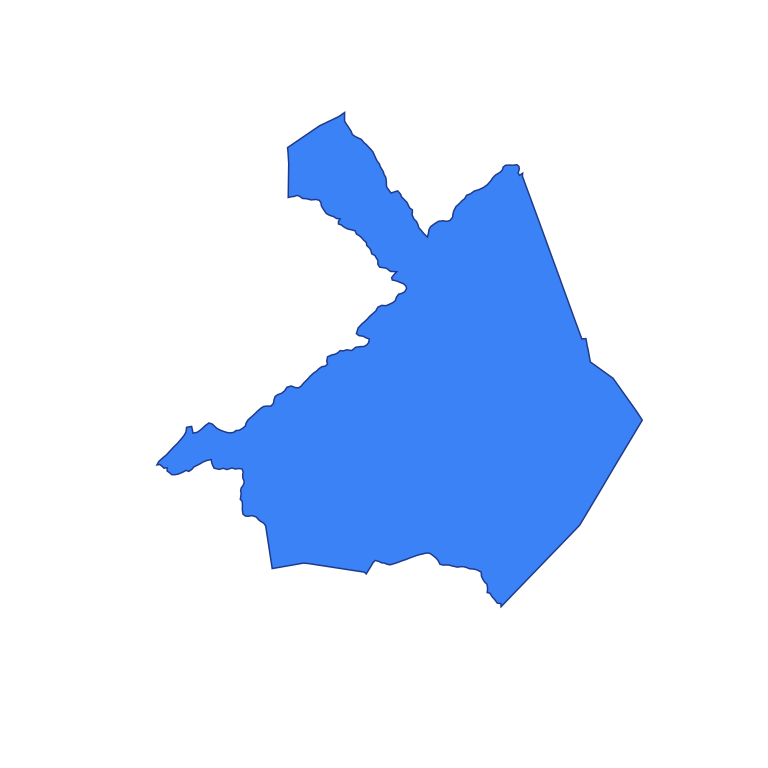 outline of Barras, Piauí, Brazil, rotated 236°
{"feature_id": "56859067B60592668068421", "entity_name": "Barras", "entity_type": "district", "adm_level": 2, "iso_a3": "BRA", "parent_name": "Brazil", "parent_adm1": "Piauí", "projection": "equal_earth", "projection_center": [-42.271, -4.158], "detail": "fine", "context": "isolated", "style": "filled", "palette": "blue", "viewbox_px": 768, "rotation_deg": 236, "n_neighbors": 0, "source": "geoboundaries", "source_scale": "gbopen_adm2", "svg_char_len": 4623}
<svg xmlns="http://www.w3.org/2000/svg" viewBox="0 0 768 768"><g transform="rotate(236 384 384)"><path d="M634.1,474.9L634.1,468.4L633.9,436.2L629.4,433.8L619.6,428.0L616.8,426.0L592.2,408.9L591.1,411.8L589.8,414.3L588.9,417.5L586.9,419.0L583.5,420.1L580.7,423.6L577.4,426.5L574.9,431.0L572.4,433.1L569.6,433.1L566.7,431.7L564.0,431.5L560.7,431.5L557.7,431.5L555.5,432.5L553.5,433.8L550.9,435.9L547.7,437.2L545.5,440.0L544.3,437.2L542.1,435.7L539.9,437.5L536.8,438.5L533.2,440.3L530.1,443.1L527.2,445.7L523.6,445.0L521.0,446.4L517.9,447.2L514.5,447.6L511.2,448.5L508.4,447.1L505.1,447.9L502.2,447.9L498.9,446.6L495.7,448.3L492.4,448.1L489.6,447.9L486.8,445.9L483.4,445.7L480.9,448.3L478.6,450.8L476.2,451.5L473.6,452.4L471.6,455.2L469.9,457.3L469.1,453.3L467.9,449.8L465.6,449.0L463.3,451.3L460.9,453.1L458.7,454.5L456.2,456.2L453.1,457.0L450.6,456.2L448.9,452.8L449.2,449.3L450.3,446.4L448.9,442.7L446.8,440.0L446.5,437.1L447.1,433.0L447.8,429.4L450.5,426.0L451.1,421.8L449.1,418.0L448.6,414.2L448.2,410.4L447.3,407.0L446.7,403.9L446.2,399.5L445.0,394.0L441.2,389.3L438.2,390.2L435.2,393.5L432.0,395.1L429.6,397.0L427.0,394.6L426.1,391.9L426.2,388.6L428.3,385.1L430.3,381.0L429.8,376.0L433.2,372.2L434.3,368.5L436.2,366.4L435.7,363.3L436.0,360.2L437.3,357.0L438.1,352.4L434.8,349.2L432.2,348.4L431.6,345.5L433.1,342.2L433.1,338.9L432.4,335.2L432.4,331.5L431.7,327.1L430.7,323.2L429.8,318.2L428.6,314.1L428.6,311.0L430.7,308.4L434.2,306.0L435.6,301.8L433.9,297.7L433.6,293.8L434.6,289.8L434.5,286.7L432.5,284.1L429.8,281.5L428.9,277.9L431.2,274.5L432.7,271.6L432.8,268.5L432.3,264.3L431.4,259.6L430.8,255.5L430.4,251.6L428.7,247.8L426.7,245.6L426.3,242.0L426.6,238.0L428.2,235.4L428.0,232.3L429.2,229.6L431.4,226.9L434.3,224.6L437.4,222.4L440.7,220.6L443.8,219.9L446.7,219.3L449.6,217.1L449.5,212.8L448.7,207.9L448.4,204.9L448.5,201.8L450.1,198.2L453.4,199.6L456.4,200.8L458.5,196.1L455.0,193.1L453.2,189.6L452.2,186.5L451.3,183.1L450.3,179.7L449.5,174.9L448.2,169.3L446.9,163.9L446.5,159.5L445.7,154.0L443.9,150.5L442.6,153.1L439.8,154.0L437.3,154.5L435.9,157.3L433.1,155.6L430.3,156.6L427.6,157.3L425.9,159.6L424.3,163.3L423.4,168.0L423.1,171.6L420.7,173.3L420.7,177.0L421.6,180.2L421.1,183.2L420.7,186.8L420.5,190.6L419.6,194.6L418.0,198.5L415.1,197.2L412.5,196.5L409.2,196.1L405.4,199.6L403.9,203.7L400.9,206.0L399.4,211.1L396.7,213.1L395.2,216.2L393.0,218.8L389.7,218.0L387.5,215.8L384.5,214.2L382.2,213.9L380.1,212.6L378.6,210.2L377.6,207.4L375.5,205.3L373.3,204.5L370.9,202.4L368.8,200.4L365.9,200.8L362.7,198.9L359.1,196.3L354.9,194.3L352.0,195.3L350.3,197.4L348.7,201.0L345.2,203.7L341.3,204.2L338.9,205.0L335.8,206.5L332.4,206.5L293.5,188.1L283.0,211.6L280.6,217.0L277.1,221.3L239.0,262.5L236.5,263.1L238.4,267.3L240.7,272.3L242.1,275.2L242.6,278.1L239.6,280.7L237.2,281.9L235.4,284.2L232.9,285.7L230.8,287.8L229.5,291.6L228.5,295.1L227.8,298.1L227.0,301.3L226.2,304.1L225.5,307.6L224.6,311.2L223.6,315.1L222.5,318.5L221.3,321.4L220.4,324.2L218.5,326.9L216.2,328.1L213.6,328.9L210.7,329.8L207.4,330.2L203.2,329.6L200.7,331.9L199.2,334.4L197.5,336.7L195.5,338.3L193.6,340.1L191.1,342.5L189.6,345.6L187.7,348.2L185.3,350.1L183.0,351.6L180.9,354.3L178.2,357.0L173.7,359.4L170.2,357.3L167.1,356.8L163.5,356.7L160.6,357.4L158.4,356.5L155.8,355.0L153.4,352.9L151.6,354.7L149.0,354.7L146.7,354.7L143.5,355.2L139.0,355.4L136.6,358.1L133.9,356.5L137.7,374.2L155.9,459.7L157.6,467.4L174.1,502.5L186.3,528.1L209.6,577.9L219.7,578.1L260.6,577.1L286.9,567.4L298.8,572.6L301.1,573.4L308.7,576.8L310.8,573.2L326.6,577.1L367.1,587.2L370.9,588.2L394.8,594.1L427.1,602.2L478.8,614.9L481.2,616.8L481.2,613.0L483.9,613.2L486.7,616.5L489.0,617.5L491.5,616.8L493.1,613.5L495.7,609.9L497.4,607.0L497.1,603.9L495.4,602.1L494.6,599.0L494.9,593.1L493.9,588.8L492.7,586.1L491.4,581.0L491.3,576.4L492.0,571.6L493.5,566.7L493.3,562.1L494.3,558.0L492.5,554.5L492.3,551.0L491.5,547.7L490.8,542.8L488.4,538.5L486.0,535.9L483.9,534.1L482.7,530.1L483.7,527.1L486.3,524.2L488.4,520.2L488.6,515.9L488.4,510.7L486.9,507.7L484.1,505.1L481.5,502.1L486.6,501.1L491.7,500.6L494.1,500.2L497.3,501.3L500.7,501.8L503.8,501.1L508.3,501.8L510.3,503.4L512.4,504.9L515.8,503.7L521.7,504.6L526.6,503.7L529.5,503.2L532.0,503.9L536.5,503.3L538.4,496.6L542.0,496.5L545.7,496.3L548.3,497.7L550.9,499.4L554.3,501.0L558.0,501.3L560.2,502.1L562.9,502.3L566.5,502.5L568.9,503.2L572.5,503.0L575.7,503.4L579.5,504.1L582.4,504.6L585.0,504.4L589.4,503.7L592.5,503.2L595.2,502.4L599.4,502.0L605.1,498.6L608.4,497.3L612.3,498.1L617.5,498.2L620.2,498.1L624.1,498.4L628.0,501.0L631.1,503.2L631.0,496.1L634.1,474.9Z" fill="#3b82f6" stroke="#1e3a8a" stroke-width="1.5"/></g></svg>